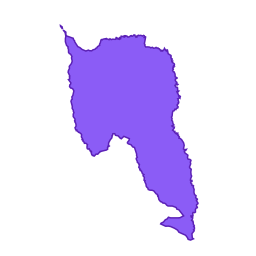 the district of Nova Mutum, Mato Grosso, Brazil, rotated 194°
{"feature_id": "56859067B34604900194854", "entity_name": "Nova Mutum", "entity_type": "district", "adm_level": 2, "iso_a3": "BRA", "parent_name": "Brazil", "parent_adm1": "Mato Grosso", "projection": "orthographic", "projection_center": [-56.149, -13.522], "detail": "fine", "context": "isolated", "style": "filled", "palette": "violet", "viewbox_px": 256, "rotation_deg": 194, "n_neighbors": 0, "source": "geoboundaries", "source_scale": "gbopen_adm2", "svg_char_len": 5807}
<svg xmlns="http://www.w3.org/2000/svg" viewBox="0 0 256 256"><g transform="rotate(194 128 128)"><path d="M134.6,221.5L135.4,221.6L136.1,220.8L138.0,221.0L139.9,220.3L140.5,220.5L141.0,219.7L141.7,219.4L142.0,218.9L141.5,218.4L142.2,218.0L142.7,219.0L144.3,219.3L144.1,219.8L144.7,219.8L145.8,218.2L146.8,218.0L147.1,218.4L148.0,218.0L148.4,217.1L150.0,216.2L151.4,217.0L152.6,216.4L152.6,216.9L153.2,216.9L153.6,216.6L153.0,216.0L153.4,215.4L153.9,215.3L154.2,216.3L155.5,215.4L156.8,215.5L156.9,213.7L157.3,213.4L157.8,213.8L158.9,212.4L157.6,212.3L157.8,211.9L160.5,212.0L160.6,212.4L160.1,212.6L161.0,213.0L161.4,212.9L161.4,211.2L161.9,210.9L164.3,210.5L165.7,209.7L167.1,210.2L167.7,209.1L169.3,209.4L170.7,209.0L170.8,209.5L173.8,208.1L174.3,207.3L175.2,207.4L175.5,206.8L175.5,204.0L175.9,202.3L175.5,201.4L177.3,199.5L177.6,198.2L178.3,197.8L179.1,196.4L180.9,195.4L181.9,194.1L184.0,193.7L185.3,194.0L187.5,192.5L191.5,193.1L194.2,194.4L196.4,194.8L200.6,198.8L201.0,199.8L202.3,200.6L202.8,201.8L210.1,202.5L211.0,203.9L211.5,206.0L214.7,207.4L212.4,205.7L211.7,204.6L210.5,201.9L210.4,199.7L209.6,196.5L207.6,193.3L205.6,192.1L205.7,191.2L204.7,189.7L204.0,187.0L202.9,186.0L201.6,185.8L199.7,183.8L199.8,182.4L198.3,179.4L198.5,176.9L199.9,173.6L199.2,171.5L199.7,169.4L199.6,167.6L197.0,164.3L197.3,163.4L196.7,162.7L196.5,161.3L197.5,160.6L194.4,158.0L194.3,156.8L194.9,155.7L194.7,154.0L193.3,152.9L192.3,153.0L190.9,152.5L189.5,150.9L189.4,146.2L190.0,144.6L189.1,142.4L189.7,141.6L189.8,140.1L187.3,135.6L186.9,133.5L185.4,132.1L185.1,131.0L184.2,129.9L184.5,128.2L183.9,125.8L181.7,124.0L181.3,122.8L181.6,122.4L180.9,121.5L181.1,121.1L180.2,120.4L179.1,118.4L178.9,116.9L179.5,115.5L178.3,113.6L177.3,113.7L177.3,112.9L176.8,113.0L174.8,111.8L174.4,112.0L172.3,111.1L171.4,110.3L171.1,108.1L169.2,106.1L169.7,105.5L168.5,105.0L168.4,104.2L167.2,103.7L166.6,102.6L165.2,103.0L163.3,102.1L163.5,101.3L163.1,100.6L163.3,99.8L162.6,98.2L162.2,97.9L160.8,98.4L160.8,97.9L159.2,97.1L159.2,96.6L158.7,96.3L158.7,96.8L157.8,96.4L157.6,95.9L158.0,95.6L156.8,93.5L155.8,92.7L155.0,93.0L154.3,92.5L153.9,92.6L152.7,94.9L151.0,95.3L149.3,98.5L148.8,98.4L148.6,98.8L143.6,101.4L142.6,102.5L143.1,103.9L143.0,105.3L142.4,105.2L141.8,106.0L142.7,106.4L143.2,108.9L142.3,112.5L141.4,114.2L141.3,115.8L141.7,116.5L141.3,117.0L141.3,118.8L139.5,119.3L138.4,117.9L135.6,118.0L133.4,116.4L131.9,115.9L130.0,118.9L124.1,118.0L124.0,116.3L125.0,114.1L125.0,113.4L123.9,112.7L121.0,112.5L118.9,110.8L117.0,110.7L113.3,104.8L113.0,103.3L111.9,101.8L112.7,100.6L112.2,99.4L111.2,98.3L110.6,96.9L109.0,96.2L108.9,95.6L108.1,95.3L108.0,92.4L106.6,91.3L106.6,90.7L105.7,90.3L105.8,89.7L104.5,89.5L103.0,87.2L101.3,86.6L101.9,85.7L101.7,85.1L100.2,84.1L99.8,81.2L98.7,81.0L98.8,80.1L96.9,77.7L96.3,76.0L95.4,75.1L94.1,74.4L93.5,73.2L91.6,73.0L89.7,73.4L87.9,73.3L84.7,70.9L83.5,70.7L82.8,69.3L82.5,69.6L80.7,66.0L78.6,64.4L77.7,64.5L75.9,63.6L74.5,63.9L73.2,63.6L71.8,62.5L70.3,62.0L66.1,63.0L62.5,62.6L61.9,62.4L61.0,61.1L59.0,61.0L58.4,60.6L52.8,56.2L55.9,53.5L57.4,53.0L65.0,51.1L67.2,51.2L68.0,49.3L69.6,48.0L70.8,45.4L72.9,43.6L73.1,42.8L67.8,41.8L65.0,42.6L62.8,42.7L58.7,42.0L55.2,40.9L53.4,39.2L46.2,37.9L43.8,36.0L42.7,34.5L40.2,34.4L37.7,36.3L39.0,36.9L40.4,40.9L38.9,44.3L39.8,45.2L39.1,46.0L39.2,46.5L39.6,47.8L40.4,48.2L40.0,49.1L41.4,50.6L41.8,52.1L42.4,52.7L42.3,53.3L43.9,53.7L43.4,55.5L43.7,57.3L44.4,56.8L45.1,56.9L45.6,57.9L44.3,58.3L43.8,58.9L44.6,60.9L44.4,61.8L42.8,62.0L42.2,62.8L42.9,65.1L42.5,66.8L41.5,67.4L41.5,67.9L42.6,68.8L42.9,70.2L41.8,71.5L42.0,72.2L44.0,74.0L44.2,74.6L43.4,75.2L43.5,75.8L45.5,76.7L45.6,78.8L47.3,79.5L48.5,81.6L49.0,84.4L50.5,86.6L50.4,87.7L51.0,88.0L52.0,87.8L52.7,89.3L53.4,89.4L54.1,90.5L54.0,91.0L53.0,91.5L53.0,92.1L53.4,92.6L54.2,92.0L54.7,92.2L55.0,93.6L54.6,96.8L55.4,97.7L56.4,100.4L56.7,103.3L58.4,104.2L58.9,105.0L58.5,108.4L59.3,110.0L59.0,111.6L59.2,112.0L60.4,112.5L62.0,112.3L62.5,112.6L63.2,114.0L63.3,116.1L66.7,117.6L67.5,118.5L67.8,119.4L66.6,120.1L66.2,121.4L67.6,120.7L69.1,121.0L69.3,124.8L70.5,127.1L73.1,129.6L74.8,130.5L76.1,130.5L76.1,131.9L77.4,132.7L77.4,133.2L77.9,133.1L78.5,135.0L79.6,134.0L80.1,134.8L80.5,134.4L81.8,135.1L81.7,136.0L82.4,135.9L84.2,136.7L83.2,138.9L83.2,140.1L85.1,140.1L85.9,140.6L84.2,142.1L85.4,143.1L86.5,145.5L87.4,145.9L87.5,147.8L88.5,149.1L88.1,150.2L88.6,153.8L88.5,155.3L87.5,155.8L87.1,157.5L86.0,157.4L85.7,158.7L84.5,159.6L84.5,160.7L85.6,161.5L85.9,162.5L85.1,163.8L85.4,164.7L84.9,164.9L85.4,166.3L86.0,166.8L86.3,168.2L86.7,168.4L85.5,169.6L85.0,169.5L85.3,170.0L84.8,170.6L84.8,171.2L85.6,171.7L86.4,171.2L87.3,172.8L88.8,174.2L88.5,174.6L89.2,175.2L88.0,175.5L87.7,176.1L88.3,176.0L88.9,176.6L89.7,179.1L90.1,179.4L91.0,179.1L92.7,180.5L92.6,181.1L91.7,181.6L90.5,181.8L90.1,182.4L91.9,182.9L91.5,183.8L91.8,184.3L92.6,184.5L93.8,185.9L93.8,187.1L92.5,188.0L92.6,188.6L94.6,189.1L95.4,191.7L96.8,193.6L97.6,193.5L98.7,194.8L98.2,195.8L98.9,196.5L98.4,197.8L99.0,197.9L98.9,198.9L98.1,199.2L98.6,199.6L98.2,200.0L98.3,200.9L98.8,201.6L100.6,202.3L100.8,203.2L101.1,202.7L101.4,202.9L101.4,203.4L101.9,203.8L101.8,205.4L102.0,205.8L102.8,205.6L103.0,206.4L103.7,207.2L103.5,208.2L103.9,208.8L107.0,209.8L108.6,213.2L109.0,213.3L109.4,212.3L109.6,212.7L110.1,212.4L111.9,214.1L112.0,212.6L113.1,211.7L113.0,211.1L113.8,210.8L114.5,211.3L114.8,211.0L115.0,211.6L115.9,211.6L116.7,212.4L118.0,212.4L118.2,212.9L119.7,212.6L120.3,213.0L121.0,212.2L122.5,211.6L123.8,212.2L125.4,211.3L126.4,211.7L128.3,211.5L130.4,210.9L131.6,212.0L131.7,213.0L132.5,213.7L132.9,220.3L134.1,219.9L133.8,220.8L134.2,220.8L134.6,221.5ZM157.3,213.4L156.8,213.2L156.8,212.8L157.2,212.8L157.3,213.4ZM218.3,211.0L218.1,210.4L215.4,208.1L216.4,210.2L218.3,211.0Z" fill="#8b5cf6" stroke="#5b21b6" stroke-width="1.5"/></g></svg>